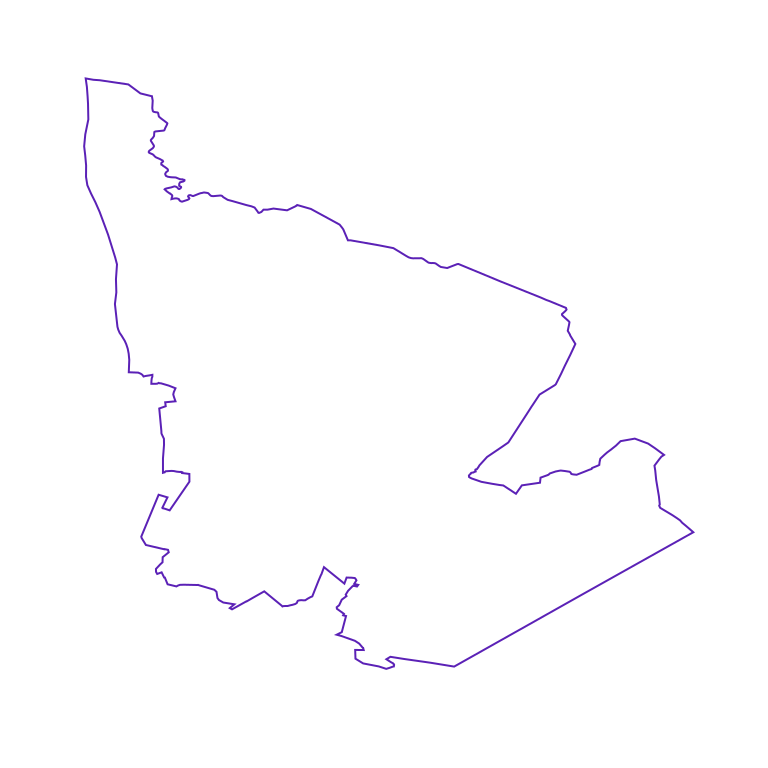 the district of Dvietes pag., Ilukstes, Latvia, rotated 184°
{"feature_id": "27541924B45614258589543", "entity_name": "Dvietes pag.", "entity_type": "district", "adm_level": 2, "iso_a3": "LVA", "parent_name": "Latvia", "parent_adm1": "Ilukstes", "projection": "equal_earth", "projection_center": [26.269, 56.095], "detail": "fine", "context": "isolated", "style": "outline", "palette": "violet", "viewbox_px": 768, "rotation_deg": 184, "n_neighbors": 0, "source": "geoboundaries", "source_scale": "gbopen_adm2", "svg_char_len": 6133}
<svg xmlns="http://www.w3.org/2000/svg" viewBox="0 0 768 768"><g transform="rotate(184 384 384)"><path d="M99.7,332.8L109.3,338.9L116.4,343.0L130.0,347.0L144.0,343.5L148.3,338.7L151.8,335.5L152.2,335.1L156.6,331.3L158.9,329.0L163.0,324.6L163.5,321.2L163.6,318.3L164.7,317.6L170.6,314.7L171.0,313.7L173.2,312.8L177.5,310.7L185.5,306.9L188.6,307.0L190.3,307.2L190.9,307.4L191.8,308.8L192.8,309.4L197.3,309.8L201.6,310.0L203.0,309.7L206.7,308.7L212.4,306.3L213.6,304.9L214.5,304.6L214.7,304.4L221.3,301.5L221.5,296.4L239.4,292.5L244.7,283.7L257.9,291.1L261.7,291.3L269.3,292.0L280.0,293.2L290.0,295.9L291.9,296.7L292.7,297.2L292.9,298.6L292.2,299.6L291.1,300.7L291.1,301.1L290.6,301.5L289.5,301.8L288.5,302.0L288.1,302.4L286.5,303.1L286.7,303.5L286.9,303.8L286.8,304.1L286.9,304.7L286.8,305.0L286.5,305.2L285.7,305.3L285.3,305.6L285.2,305.9L285.0,306.1L284.4,307.2L284.2,307.3L284.1,307.6L283.7,308.3L283.2,309.4L276.1,318.4L261.3,330.0L256.3,334.0L255.8,334.5L237.8,367.0L235.1,372.0L234.6,372.8L228.1,384.3L213.5,394.8L212.6,395.7L208.1,406.4L204.9,414.7L200.2,426.1L195.9,437.3L201.7,445.5L201.9,446.2L204.4,449.9L203.6,455.6L203.3,458.4L203.4,458.8L204.0,459.4L210.5,464.5L211.3,465.4L211.3,466.2L208.5,469.1L207.3,470.6L207.1,471.0L207.8,472.6L224.9,478.3L227.8,479.1L233.4,481.1L274.8,494.4L318.1,508.9L319.3,508.7L329.1,504.1L335.4,504.7L337.2,505.6L340.8,507.8L341.9,508.1L343.9,508.1L345.3,507.9L347.8,508.1L348.7,508.5L353.6,511.5L355.3,512.1L363.9,511.4L365.9,511.5L368.3,512.1L371.0,513.4L384.1,520.2L398.7,522.0L427.5,525.0L430.0,524.8L435.4,535.4L436.8,537.1L439.4,539.9L469.3,553.6L469.5,553.6L483.1,556.5L483.9,555.8L483.8,555.7L485.2,554.8L492.8,550.5L506.5,551.3L512.3,549.8L516.4,549.5L518.3,547.1L520.4,546.0L521.2,546.0L522.1,547.2L525.4,551.0L528.6,552.0L533.8,552.9L548.0,555.9L552.8,556.8L557.4,559.2L558.5,560.2L559.1,560.5L560.5,560.6L567.3,559.5L568.8,559.5L569.5,559.6L570.4,560.1L571.0,560.6L572.3,561.8L572.7,562.1L573.7,562.3L576.6,562.5L577.4,562.4L578.8,561.9L580.1,561.6L581.4,561.1L587.4,558.2L588.1,558.2L590.2,558.9L591.1,558.8L592.0,558.5L592.3,558.1L592.5,557.3L591.5,556.2L591.1,555.6L591.5,554.8L592.8,554.0L598.2,551.8L599.5,552.1L600.3,552.5L601.0,553.1L601.1,553.6L601.5,554.1L602.3,554.4L603.8,554.7L605.8,554.5L607.4,554.1L608.9,553.6L608.7,555.3L608.4,556.2L608.3,556.9L608.7,557.7L610.8,559.2L611.0,559.1L614.1,561.0L616.4,562.9L616.2,563.1L615.8,563.0L615.7,563.5L614.4,564.0L609.9,565.3L607.0,566.5L606.3,566.5L605.0,566.2L604.1,565.7L602.6,564.3L602.0,564.2L601.6,564.3L600.6,565.1L600.1,566.0L600.2,566.5L602.2,567.5L602.2,569.6L601.5,571.0L598.4,572.0L597.3,572.8L597.2,573.5L597.5,573.7L598.1,573.7L599.1,574.1L600.5,574.0L601.9,574.1L606.1,575.5L610.7,575.4L612.5,575.5L614.2,575.7L616.0,576.4L616.8,577.7L616.9,578.5L616.2,580.0L614.5,581.5L614.4,582.1L614.6,582.9L615.1,583.5L616.8,584.6L617.9,585.3L619.6,586.2L620.2,586.8L621.4,587.3L621.6,588.1L621.5,589.0L619.9,590.5L620.3,591.4L623.3,592.8L627.3,594.2L628.6,595.1L629.6,596.1L630.8,597.0L634.3,598.2L634.9,599.0L634.7,599.8L634.3,600.4L631.1,603.1L630.3,604.4L630.1,604.9L630.1,605.4L630.4,606.1L633.5,610.3L633.6,610.8L633.6,611.1L633.4,611.4L633.0,612.0L631.8,613.4L631.0,614.8L630.7,615.4L630.7,619.3L630.4,619.6L629.6,620.0L621.7,621.4L621.1,621.6L620.8,621.9L620.6,622.4L620.2,623.8L618.6,627.6L618.3,628.9L618.7,629.3L624.7,633.2L626.8,634.7L627.3,635.3L628.2,638.5L628.5,638.9L628.9,639.1L631.0,639.2L632.8,639.5L633.2,639.7L633.7,640.3L634.3,642.6L634.4,643.3L634.5,650.5L635.6,654.9L635.9,654.9L647.3,656.9L659.9,665.0L688.8,667.2L695.1,667.2L702.9,668.0L701.1,659.6L699.7,649.9L698.8,642.9L697.4,627.3L699.4,612.2L699.7,600.2L698.0,591.2L696.4,581.2L695.7,569.8L693.8,561.6L689.5,553.5L684.6,545.2L679.7,535.9L669.7,513.8L661.0,491.5L658.7,484.7L658.7,469.8L657.4,456.7L658.0,445.0L653.9,422.5L652.9,419.7L651.3,416.6L649.2,414.0L645.6,408.9L643.9,405.7L642.1,401.3L640.8,396.4L639.8,390.3L639.4,377.9L630.0,378.2L627.4,377.3L625.7,376.3L624.4,374.7L622.7,375.3L618.3,376.3L615.7,377.0L615.6,375.1L616.1,373.5L616.2,370.8L616.1,368.0L611.5,368.3L610.0,368.6L608.9,369.4L608.0,369.1L606.4,369.1L598.7,367.4L591.7,365.2L593.1,361.3L593.5,358.9L592.7,356.6L590.8,352.2L601.0,350.5L600.2,346.6L606.5,343.9L602.8,321.5L602.6,319.4L602.3,318.6L599.7,314.0L599.2,308.0L599.3,294.3L598.3,280.0L596.6,280.6L596.5,281.0L595.7,281.7L589.9,282.5L587.5,282.5L584.6,282.1L581.7,282.0L581.3,282.1L580.9,282.0L580.3,282.2L579.9,282.0L578.9,281.9L578.8,281.6L579.0,281.1L571.9,280.7L571.3,273.0L589.0,243.0L594.4,244.4L596.0,244.6L596.5,245.0L592.1,255.8L601.1,257.8L615.5,214.8L615.0,213.4L610.3,206.8L591.7,203.8L591.6,204.0L587.9,203.5L587.0,201.1L592.7,195.8L592.5,190.7L594.7,188.4L598.6,183.6L598.3,180.7L597.0,178.7L592.7,180.6L589.8,175.6L589.1,175.6L585.9,169.1L576.9,167.6L575.6,168.5L573.6,169.4L569.7,169.8L555.5,170.5L555.4,170.6L554.4,170.3L538.9,166.9L536.6,165.0L535.2,158.9L533.6,157.0L529.1,154.8L517.9,153.8L522.2,149.7L519.9,148.6L506.1,157.6L505.9,157.5L500.0,161.5L489.0,168.8L470.4,155.6L469.8,155.0L468.6,155.5L464.8,155.8L464.1,156.0L462.1,156.7L460.0,157.3L457.3,158.3L455.9,159.3L455.5,159.9L455.3,160.9L455.0,161.5L454.5,161.9L453.2,162.3L451.6,162.6L449.0,162.6L447.4,162.8L445.2,164.5L442.4,166.3L441.1,166.9L440.7,167.2L435.7,182.9L433.6,189.0L433.2,189.7L431.1,197.1L409.6,182.1L407.8,188.3L403.0,188.5L399.6,188.4L398.5,187.3L397.8,186.2L399.8,182.5L395.7,181.8L396.8,180.1L399.7,180.5L401.2,180.2L405.4,175.2L407.5,171.2L406.6,169.8L411.1,165.9L413.3,160.2L415.6,158.0L415.3,156.5L407.9,151.9L408.6,150.4L405.7,149.9L408.8,133.5L413.7,130.6L409.2,129.7L395.1,125.8L390.6,123.3L386.8,119.4L386.4,119.3L385.7,117.2L394.2,116.7L393.3,108.0L385.3,103.8L369.5,101.9L361.9,100.0L358.5,101.3L355.2,102.8L354.5,102.9L354.3,104.5L354.5,105.0L354.7,105.3L355.4,105.7L355.5,106.0L357.5,106.9L362.4,109.6L358.6,112.3L344.9,111.1L318.3,109.2L294.3,107.0L170.9,188.3L65.1,257.7L73.1,263.7L76.9,266.4L79.1,268.6L82.4,270.6L87.0,273.2L99.8,279.7L101.0,281.8L100.5,283.1L101.9,291.0L105.8,307.3L107.4,316.7L108.5,321.4L104.1,328.2L102.2,330.9L99.7,332.8Z" fill="none" stroke="#5b21b6" stroke-width="2"/></g></svg>